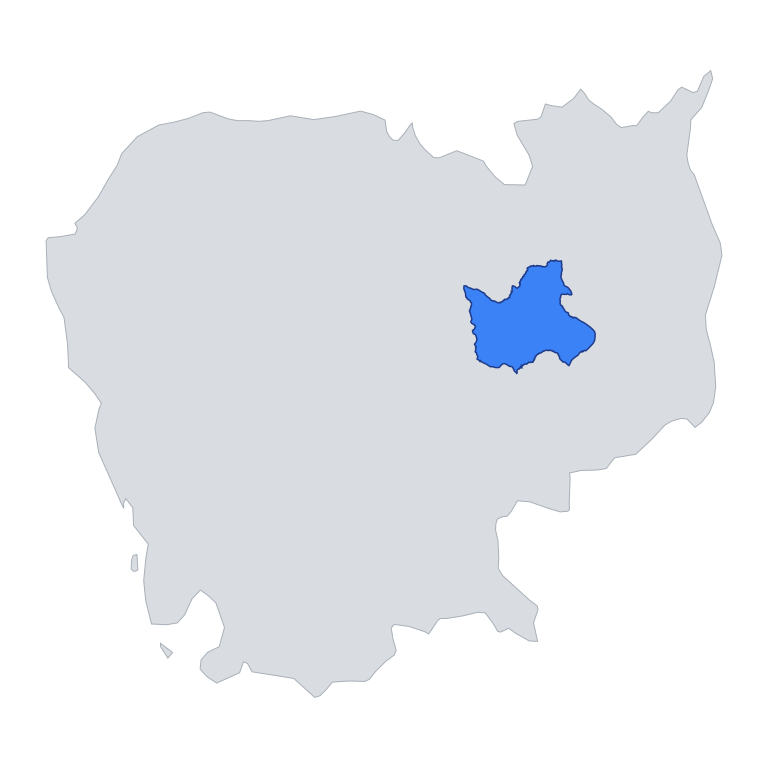 Sambour, Krâchéh, Cambodia (highlighted)
{"feature_id": "14789045B56748216757277", "entity_name": "Sambour", "entity_type": "district", "adm_level": 2, "iso_a3": "KHM", "parent_name": "Cambodia", "parent_adm1": "Krâchéh", "projection": "robinson", "projection_center": [106.055, 13.019], "detail": "fine", "context": "in_parent", "style": "filled", "palette": "blue", "viewbox_px": 768, "rotation_deg": 0, "n_neighbors": 0, "source": "geoboundaries", "source_scale": "gbopen_adm2", "svg_char_len": 8684}
<svg xmlns="http://www.w3.org/2000/svg" viewBox="0 0 768 768"><path d="M710.7,70.6L712.7,78.7L707.3,93.9L701.6,107.7L690.9,119.7L690.4,128.6L686.8,155.1L688.2,163.5L690.7,170.7L694.2,174.6L703.5,200.4L712.0,224.0L720.4,243.4L721.9,255.6L714.3,286.6L705.4,315.1L706.2,329.3L710.0,343.5L714.2,362.4L715.7,386.7L713.5,402.4L709.5,412.3L701.7,422.3L695.0,427.4L686.9,418.9L680.5,418.5L671.8,421.1L665.0,425.0L651.2,439.8L635.8,454.2L614.5,457.8L606.3,468.5L597.4,470.0L580.6,470.5L569.6,473.0L570.1,478.4L569.2,503.7L569.5,509.6L567.8,511.2L560.2,511.9L547.3,508.0L529.8,501.8L517.4,500.8L511.0,511.8L507.2,516.1L502.5,516.8L497.6,518.8L495.9,523.7L495.5,529.8L497.9,540.3L498.8,557.1L498.2,568.5L502.7,575.7L529.4,600.0L537.2,606.0L538.1,609.6L533.5,622.8L537.6,641.4L529.3,641.0L515.3,633.1L508.7,628.2L500.6,632.1L497.8,631.4L492.3,622.2L485.2,612.9L477.9,612.3L462.3,616.0L446.4,618.5L440.4,618.5L437.9,620.2L428.7,634.0L424.8,631.7L408.8,626.4L394.2,624.4L391.2,628.0L393.0,639.3L396.2,650.3L394.3,655.0L386.3,660.8L375.7,671.3L369.2,679.4L364.7,681.4L348.5,681.0L332.4,682.1L326.0,689.8L319.9,695.8L314.7,697.4L293.7,678.4L252.0,671.8L247.5,663.4L243.5,661.8L239.6,672.7L216.7,683.1L207.1,676.8L200.1,669.2L201.1,659.8L207.8,652.2L219.2,646.7L224.5,627.5L215.9,602.9L208.3,595.7L200.3,590.0L191.8,599.2L184.7,614.8L177.3,622.9L166.8,624.7L151.5,624.0L145.7,600.7L143.7,580.6L145.9,557.8L148.3,544.2L133.6,525.5L132.8,507.7L125.7,498.5L123.6,503.2L123.8,508.3L121.8,504.6L98.7,452.4L94.9,428.2L98.9,409.5L101.3,403.3L94.6,393.4L85.2,382.3L68.6,367.7L67.6,344.6L64.0,317.3L59.0,308.1L51.4,291.3L47.4,277.4L46.1,240.7L48.2,237.7L60.0,236.7L75.1,234.0L77.5,228.1L74.9,223.2L84.6,214.9L98.5,196.6L109.3,177.6L117.1,165.5L121.7,153.6L137.3,136.7L158.9,125.0L173.4,122.3L188.7,118.3L203.2,112.6L210.1,112.1L228.2,118.9L237.9,120.7L248.2,120.6L258.8,121.3L268.1,120.6L290.2,115.8L313.7,119.6L334.7,116.6L360.7,111.1L373.4,114.6L385.0,120.1L386.6,131.3L389.3,136.4L393.2,140.3L398.3,140.3L405.0,132.5L410.5,124.5L412.3,123.0L412.6,127.0L415.3,135.7L420.3,144.3L425.3,150.0L433.6,157.5L439.0,157.9L456.8,150.7L483.4,161.1L486.5,166.4L495.1,176.9L504.4,184.6L525.2,185.0L532.6,166.4L529.0,155.0L517.2,135.2L513.9,123.5L517.7,121.4L537.7,119.2L541.0,116.9L545.4,104.0L550.9,105.5L562.0,107.2L573.7,98.4L580.7,89.1L584.5,93.3L588.6,99.8L593.2,103.6L601.6,109.1L610.9,116.9L616.7,124.6L621.4,127.6L633.3,125.5L636.5,125.8L643.4,116.5L648.2,111.4L652.3,112.8L658.3,112.7L670.8,100.9L677.8,90.0L681.7,87.1L692.9,92.5L697.3,91.4L703.7,76.5L710.7,70.6ZM137.9,569.8L135.6,571.2L133.4,571.2L131.2,569.0L131.5,560.6L133.1,555.5L136.9,554.5L137.9,569.8ZM172.6,652.5L167.9,658.2L160.5,646.5L160.5,643.3L172.6,652.5Z" fill="#d9dde1" stroke="#a8b0b8" stroke-width="1"/><path d="M475.8,349.3L475.2,351.8L475.6,352.3L476.4,352.6L476.6,353.9L477.0,355.2L477.4,355.5L477.9,356.3L477.9,356.7L477.2,358.3L477.2,359.4L477.9,359.5L479.5,360.6L479.7,361.2L480.6,360.6L481.0,361.7L481.3,361.6L483.4,362.8L486.1,364.0L490.3,366.7L493.2,366.8L495.2,367.5L496.4,367.6L498.5,367.6L499.3,367.3L501.9,364.5L503.2,363.7L504.3,363.6L505.4,363.8L509.0,366.0L510.2,366.5L511.7,366.6L512.0,366.7L512.9,367.8L514.4,371.1L516.1,372.5L516.7,373.4L517.1,373.0L517.0,370.5L517.1,370.0L518.8,368.8L519.1,368.9L519.2,368.5L519.8,368.4L519.8,368.2L520.2,367.4L520.3,367.6L520.5,367.4L520.6,367.7L521.5,367.7L521.4,367.6L521.7,367.5L521.8,367.1L521.6,366.9L521.6,366.4L522.1,366.2L521.9,365.9L522.2,365.6L522.0,365.4L522.5,365.5L523.0,365.2L523.5,365.0L523.6,364.6L524.1,364.6L524.6,364.0L525.0,364.0L525.2,363.9L525.4,364.0L525.8,364.0L526.2,364.2L526.6,364.1L526.8,363.8L527.4,363.6L527.9,362.9L528.5,362.7L528.7,362.4L528.9,362.5L529.1,362.3L529.3,362.4L529.6,362.4L529.9,362.5L530.3,362.4L530.6,362.1L531.6,362.3L532.4,362.3L533.1,362.0L533.4,360.6L533.7,360.2L534.0,360.3L534.3,359.5L534.6,359.4L534.7,358.8L534.5,358.2L534.8,358.2L535.0,357.5L535.7,356.7L535.6,356.2L535.9,356.2L536.2,355.7L536.3,355.4L536.6,355.0L536.9,354.9L537.7,354.1L538.2,354.1L538.2,353.8L538.5,353.6L538.8,353.7L539.1,353.2L540.5,353.0L541.2,352.6L541.6,352.6L542.9,351.3L543.4,351.3L546.4,350.1L546.8,350.1L547.9,350.6L549.3,350.4L549.6,350.2L550.0,350.1L551.0,350.7L551.8,350.6L553.3,351.6L553.8,351.3L555.0,352.5L556.7,352.8L557.8,353.3L557.9,353.9L558.6,355.5L559.5,356.6L559.6,357.1L559.4,357.6L560.0,359.0L560.5,359.7L561.8,360.7L562.5,361.5L562.6,361.9L563.4,362.0L564.2,361.9L564.6,362.0L565.9,363.0L567.8,364.8L568.9,365.6L570.0,363.7L571.3,360.7L573.3,358.5L576.3,356.3L577.4,355.6L578.2,354.9L579.0,353.5L580.4,352.3L580.5,352.1L581.0,352.0L581.0,351.6L581.3,351.6L581.5,351.9L582.0,351.9L582.3,351.3L582.7,351.5L582.8,351.0L583.4,351.2L583.6,350.8L584.5,350.6L584.7,350.4L585.4,350.8L586.0,350.6L588.0,348.8L592.5,344.1L593.7,342.4L594.6,340.4L595.1,336.3L595.1,333.5L594.7,332.1L594.1,331.0L593.3,330.0L590.3,327.2L585.9,324.0L584.1,322.8L580.1,320.7L575.9,317.6L575.7,317.6L575.3,317.7L574.9,317.4L574.2,317.3L573.2,318.0L572.8,317.4L572.4,317.4L572.4,317.2L572.1,317.1L572.0,316.9L571.8,316.9L571.7,316.8L571.2,316.5L569.9,316.4L569.9,316.0L568.8,314.9L568.5,314.4L568.4,313.0L567.0,312.3L566.2,312.1L565.2,311.4L564.3,309.5L563.2,308.0L562.6,307.4L562.7,306.8L562.4,306.6L562.3,306.3L562.2,306.3L561.9,305.7L561.5,305.6L561.0,305.1L560.7,305.0L560.2,304.1L560.3,303.6L560.1,303.4L560.0,302.6L560.3,301.8L560.2,300.6L559.9,299.8L560.2,298.0L560.6,297.4L560.6,296.2L561.0,295.7L561.3,294.4L561.9,294.2L566.4,294.4L566.9,294.1L567.6,294.0L567.7,293.8L568.0,294.1L569.8,294.9L570.3,294.5L570.6,294.7L571.5,294.8L571.8,294.3L571.6,293.3L570.9,291.2L568.3,287.8L567.0,286.9L565.6,286.3L564.1,285.4L563.7,284.6L563.7,283.6L563.5,282.9L561.7,279.5L561.4,278.3L561.0,277.6L560.9,276.4L561.4,274.6L561.4,272.5L562.0,270.8L562.3,269.7L561.9,268.2L561.9,267.5L561.4,266.7L561.7,266.1L561.7,265.3L561.8,264.3L561.5,263.4L561.6,262.7L561.4,261.0L559.3,261.2L557.9,261.1L557.1,260.9L555.7,260.0L555.0,260.4L554.5,261.3L553.5,260.6L552.7,260.9L551.9,260.6L551.2,260.6L550.6,260.3L549.9,261.3L549.0,262.3L548.1,262.0L547.5,262.8L547.2,263.5L547.2,265.4L547.1,265.7L544.8,266.9L543.0,266.5L542.6,266.9L541.2,266.1L540.4,265.8L539.6,266.1L538.8,265.7L538.4,265.9L537.7,265.6L537.3,265.9L536.7,265.7L536.4,266.1L535.6,266.3L534.8,265.9L534.3,265.9L533.6,265.5L533.3,266.2L532.9,266.0L532.6,266.2L531.8,265.8L531.2,266.1L530.6,266.1L530.3,266.5L529.8,266.5L529.5,267.1L529.1,267.0L528.4,267.5L528.1,267.5L527.2,268.1L527.1,268.5L527.4,269.0L527.5,269.6L527.7,269.4L527.8,269.6L527.5,270.6L526.7,270.9L526.2,272.0L525.9,272.1L525.7,272.9L525.8,273.1L525.7,273.6L525.2,274.0L524.3,274.4L524.1,274.7L524.3,275.2L524.0,275.8L524.1,276.1L523.8,276.4L523.4,276.3L522.9,276.4L522.6,277.2L522.7,278.0L522.3,278.2L522.2,278.5L521.6,278.6L521.6,279.0L521.1,279.3L520.7,279.9L520.9,280.4L520.6,280.5L520.2,281.3L519.9,281.6L520.0,282.1L519.7,282.3L519.8,282.5L519.6,282.6L519.8,282.9L519.6,283.2L519.9,283.4L519.9,283.8L520.1,284.0L519.8,284.2L520.0,284.7L519.9,285.0L519.9,285.4L519.7,286.0L519.6,286.5L519.0,286.7L517.3,288.2L516.4,287.9L515.4,286.9L514.5,286.4L512.8,285.8L512.4,286.0L512.2,286.6L512.0,288.6L512.2,290.9L511.9,291.4L511.9,291.8L511.4,291.6L511.7,292.4L511.4,293.1L511.1,293.2L511.1,293.5L510.7,293.8L510.7,294.3L510.0,294.9L509.8,295.4L509.8,295.8L509.4,296.2L509.7,297.5L508.7,297.7L508.0,298.2L507.4,298.8L507.4,299.1L506.9,299.0L506.4,299.1L505.3,299.7L505.2,299.5L504.9,299.5L504.6,299.4L504.4,299.9L503.4,300.3L503.3,300.8L502.8,301.0L502.7,301.2L502.2,301.5L501.9,301.9L501.3,301.9L500.4,302.7L499.7,302.3L499.4,302.8L497.8,302.8L496.2,301.9L495.6,301.5L495.2,301.5L494.6,301.1L494.2,301.2L493.3,300.8L492.4,300.9L491.8,300.4L491.3,300.3L490.3,299.6L489.8,298.4L488.9,297.9L485.2,294.9L484.9,294.3L484.8,293.7L483.6,292.7L482.6,292.5L477.6,289.4L476.5,289.2L473.9,289.5L472.9,289.4L471.8,288.6L468.0,287.4L466.4,286.0L465.9,285.9L464.1,285.9L463.8,288.0L463.9,288.9L465.4,293.0L465.6,294.3L465.7,295.8L466.1,297.3L466.9,297.7L467.2,298.9L467.9,299.2L468.5,299.8L469.2,300.3L470.0,300.5L470.4,301.2L470.5,302.2L471.4,302.8L471.5,303.2L471.6,304.4L471.4,304.8L471.3,305.5L470.7,307.0L470.7,307.8L470.2,308.8L470.3,309.0L470.0,310.1L469.5,310.4L469.4,310.9L469.8,311.7L470.8,315.1L471.3,317.2L471.8,318.5L471.8,319.5L470.9,321.4L470.9,322.1L471.8,323.4L472.3,323.6L472.6,323.9L473.5,324.0L474.5,325.4L475.3,325.8L475.4,326.2L475.4,326.8L474.7,328.2L474.5,329.1L472.6,330.4L472.5,330.9L473.3,333.6L475.0,334.4L475.5,334.7L476.4,337.1L476.5,338.0L477.0,339.1L476.2,342.0L475.7,342.8L474.7,343.8L474.5,344.3L474.6,344.6L475.0,345.2L475.1,345.6L475.8,346.0L476.3,347.2L475.6,347.8L475.8,349.3Z" fill="#3b82f6" stroke="#1e3a8a" stroke-width="1.5"/></svg>